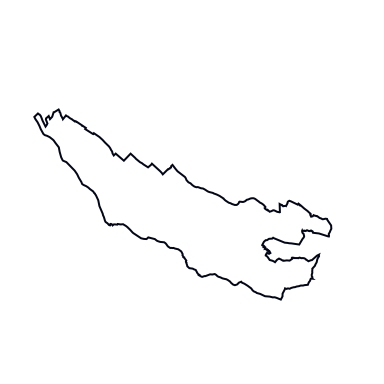 Dobrovat, Iasi, Romania, rotated 156°
{"feature_id": "2599482B94926242048527", "entity_name": "Dobrovat", "entity_type": "district", "adm_level": 2, "iso_a3": "ROU", "parent_name": "Romania", "parent_adm1": "Iasi", "projection": "orthographic", "projection_center": [27.668, 46.958], "detail": "fine", "context": "isolated", "style": "outline", "palette": "ink", "viewbox_px": 384, "rotation_deg": 156, "n_neighbors": 0, "source": "geoboundaries", "source_scale": "gbopen_adm2", "svg_char_len": 5958}
<svg xmlns="http://www.w3.org/2000/svg" viewBox="0 0 384 384"><g transform="rotate(156 192 192)"><path d="M116.8,145.4L119.9,137.8L120.2,137.8L122.3,139.3L124.1,141.5L124.9,142.1L125.4,142.3L127.2,142.2L129.1,142.4L130.0,144.6L130.3,145.0L130.6,144.7L131.9,146.6L132.1,147.6L131.7,147.6L131.0,148.5L131.9,151.3L133.0,153.2L134.5,155.1L134.9,156.2L135.5,157.1L137.1,160.0L138.2,161.2L139.7,161.9L141.4,162.3L143.5,162.3L145.2,162.6L147.0,162.0L148.8,162.0L149.8,162.3L152.4,163.8L153.0,163.7L153.8,162.9L154.6,162.4L156.4,162.0L158.1,162.7L160.4,164.8L161.3,166.0L162.8,167.3L164.9,170.6L165.6,172.2L165.8,173.2L166.1,173.4L166.2,173.8L168.4,177.2L170.5,179.7L172.9,182.0L173.2,182.6L176.3,185.0L177.4,186.2L179.2,189.0L180.5,190.7L182.3,191.8L184.3,193.8L185.1,194.3L186.1,194.6L187.6,196.0L188.9,198.2L189.8,200.5L191.3,202.3L192.2,205.1L192.1,207.0L192.3,208.5L196.8,216.8L197.7,220.0L198.8,224.7L200.5,224.1L201.2,222.9L202.3,222.9L203.0,222.4L203.8,222.6L204.8,222.3L204.9,222.5L211.5,220.0L211.9,221.9L212.6,223.9L217.1,234.2L218.3,233.5L222.1,232.4L225.1,236.9L226.0,238.7L227.3,240.3L229.8,245.3L230.0,246.2L232.5,252.0L241.5,248.3L246.1,258.1L248.6,257.2L248.9,259.5L248.5,261.5L248.8,263.1L248.9,265.3L249.3,267.4L251.3,272.4L252.5,276.0L254.2,279.9L257.7,285.6L258.5,285.0L258.9,285.3L263.5,292.2L264.0,293.0L262.9,293.7L264.5,296.2L265.3,297.0L265.1,297.2L268.9,303.2L269.1,303.1L270.0,304.4L270.4,304.2L271.9,306.8L271.9,307.0L273.5,309.1L274.7,311.5L275.6,312.3L276.0,313.2L280.3,311.0L280.2,311.8L280.4,312.6L280.4,313.8L280.6,315.0L280.1,317.8L280.5,319.1L280.1,319.6L280.3,321.6L285.7,320.9L286.0,321.1L289.1,317.6L292.1,316.3L292.0,319.7L295.4,318.6L296.0,317.6L296.2,313.4L297.8,312.1L299.2,311.3L299.5,318.1L299.3,321.1L299.3,323.2L299.7,324.6L299.9,324.7L300.8,326.4L305.5,324.7L305.4,322.2L304.7,318.6L304.5,314.4L304.6,310.9L304.2,306.1L304.1,305.3L303.3,303.8L301.6,302.3L299.7,300.0L297.8,296.4L297.4,295.4L296.7,291.9L295.5,287.0L296.6,282.4L297.4,276.9L297.3,274.0L297.1,273.1L294.6,270.4L290.5,259.3L289.7,255.0L289.6,251.0L289.0,246.1L289.1,244.2L289.0,243.8L288.1,242.4L286.3,240.4L284.9,238.2L284.2,236.5L282.0,232.6L281.8,230.9L281.3,230.1L281.4,229.4L281.1,228.2L281.0,222.6L282.3,216.8L282.4,208.5L282.7,207.2L282.7,204.7L283.2,201.1L283.1,199.7L281.9,197.7L281.3,195.7L280.4,194.8L280.1,194.9L280.1,195.5L279.8,195.9L279.5,196.0L279.0,195.8L278.1,194.6L278.0,194.0L277.6,194.3L277.2,194.0L276.7,194.2L275.9,193.9L273.5,192.6L272.9,193.0L270.4,191.4L268.1,190.6L266.2,187.9L265.3,186.2L263.8,182.4L262.8,179.3L262.4,178.4L257.3,170.4L255.0,168.7L252.9,167.6L252.3,167.6L250.4,168.3L245.1,164.1L243.9,161.8L242.9,160.7L241.3,159.3L237.9,157.4L237.1,156.1L236.7,154.9L236.3,152.7L235.9,151.6L234.7,149.8L233.3,149.2L232.6,148.7L231.6,148.4L230.7,147.4L227.8,145.2L226.0,142.1L225.8,139.3L225.9,138.8L226.4,138.2L226.4,137.8L226.1,136.2L226.4,135.9L226.2,135.6L225.7,135.3L225.8,134.8L225.1,131.7L225.8,131.1L226.0,130.6L225.8,129.9L226.0,129.8L226.3,126.8L226.5,126.0L225.4,123.5L222.5,121.7L221.8,120.7L220.3,119.2L220.3,118.5L220.1,117.3L220.2,116.5L219.8,114.6L219.0,113.3L219.5,113.1L217.8,110.8L217.1,110.3L214.8,110.1L214.0,109.7L208.9,109.4L207.1,108.4L204.6,107.8L203.6,106.4L203.2,105.2L202.4,103.9L200.6,102.3L199.4,100.8L198.0,99.7L196.1,98.3L195.2,97.2L193.7,94.8L193.3,93.2L192.1,90.7L191.7,90.3L190.7,89.4L188.7,89.2L188.2,89.2L186.1,90.1L183.5,90.0L183.2,88.8L181.5,87.0L179.3,83.7L177.1,79.8L176.7,77.7L176.0,76.1L174.5,74.5L173.9,73.4L171.1,71.1L167.7,67.1L163.5,64.8L161.1,62.9L159.3,62.2L157.8,60.9L154.6,57.6L151.8,59.8L150.6,62.3L146.8,65.3L146.2,66.1L145.0,65.0L143.6,64.9L142.1,63.9L140.3,64.0L137.7,63.6L136.8,63.2L134.9,63.1L132.3,62.4L131.0,62.4L128.3,61.3L127.3,61.2L123.9,60.1L122.0,62.0L120.4,62.8L119.0,64.3L118.4,64.5L117.2,63.8L117.5,64.4L116.8,64.9L116.6,65.4L116.8,66.4L116.3,67.7L115.3,68.8L114.7,69.8L114.4,70.8L113.7,71.9L113.3,73.0L109.5,74.7L108.9,75.5L106.8,77.0L105.0,79.4L104.1,80.3L102.1,81.6L101.9,82.0L101.9,82.8L101.6,83.1L103.8,83.0L110.1,81.0L111.2,81.3L113.8,81.4L114.7,83.0L115.5,84.1L115.5,84.6L116.3,85.7L117.5,86.5L119.1,87.1L119.9,87.9L120.4,88.1L120.5,88.3L121.5,88.4L121.8,88.3L122.4,88.7L125.5,90.1L125.8,90.3L125.8,90.5L127.2,91.3L127.5,91.2L127.7,90.2L130.7,89.6L133.3,91.0L135.7,91.7L136.3,92.2L136.7,92.1L138.0,93.8L138.3,94.4L139.1,95.1L139.6,95.8L141.9,95.5L144.7,94.1L145.3,95.1L145.5,95.3L146.4,96.4L148.7,98.3L149.3,101.7L149.8,103.0L150.5,104.0L150.3,104.4L148.6,105.7L146.7,104.2L145.2,104.4L145.3,105.4L145.5,105.8L145.3,106.1L145.4,106.8L145.7,107.1L146.5,106.8L146.2,107.3L146.1,108.1L146.5,108.5L147.0,108.4L146.8,109.2L147.9,109.7L148.1,110.6L148.6,110.6L148.3,111.1L148.1,110.7L147.7,110.7L147.5,111.6L147.8,112.0L148.9,112.5L148.1,113.2L148.3,113.7L148.7,113.7L149.3,114.3L149.5,114.9L146.5,117.3L144.3,118.0L143.1,117.5L140.7,117.9L137.7,116.8L136.5,117.2L136.1,116.6L127.9,108.0L125.4,106.6L124.0,105.6L122.4,104.8L115.4,100.4L109.9,104.3L108.4,105.0L107.5,106.0L107.1,108.5L107.6,109.4L107.6,110.4L107.3,111.6L107.0,111.9L107.0,111.5L106.8,111.2L105.4,111.2L105.2,110.7L104.5,110.6L104.0,110.1L102.5,110.3L101.0,108.7L100.2,108.3L99.8,108.5L98.9,108.4L98.6,108.0L98.6,107.6L98.2,107.5L97.8,106.8L98.0,105.5L92.9,102.5L85.6,96.0L85.0,95.7L84.6,96.4L84.2,98.0L83.8,98.3L82.4,99.3L81.2,100.5L79.7,101.7L78.5,104.9L79.7,111.4L79.6,112.5L80.9,113.3L83.3,113.8L83.9,114.1L84.8,115.3L86.0,116.4L87.5,119.1L87.9,119.4L88.3,119.4L88.8,120.0L89.7,120.6L90.3,121.4L91.6,120.7L93.2,121.0L93.2,121.4L93.0,121.7L93.3,122.3L93.2,122.5L93.1,123.3L92.7,123.3L92.5,123.8L93.7,126.4L94.1,127.5L96.2,131.3L98.2,135.7L98.5,136.2L98.9,135.9L99.1,136.2L99.1,136.5L98.8,136.6L98.8,136.8L99.5,138.1L100.6,137.5L105.5,143.3L106.7,144.4L108.2,144.2L108.9,143.7L109.3,142.9L111.8,140.9L112.1,141.3L113.7,141.7L114.2,142.1L114.6,142.0L115.1,143.0L115.1,143.5L115.4,143.6L115.5,143.9L116.1,144.2L116.2,144.6L116.8,145.4Z" fill="none" stroke="#020617" stroke-width="2"/></g></svg>